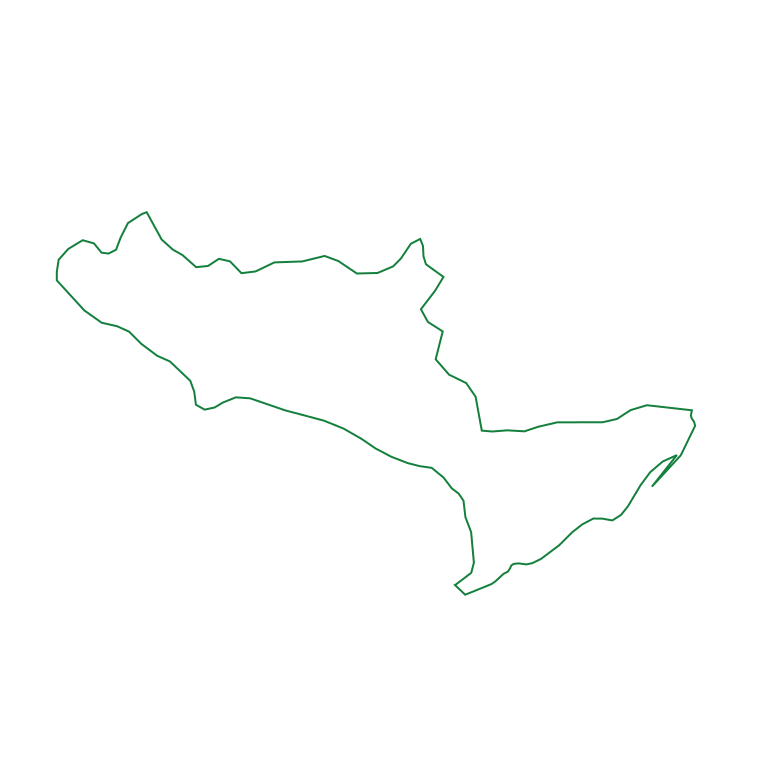 map outline of Kaohsiung City (Robinson projection), rotated 256°
{"feature_id": "TWN-1156", "entity_name": "Kaohsiung City", "entity_type": "Special Municipality", "adm_level": 1, "iso_a3": "TWN", "parent_name": "Taiwan", "parent_adm1": "", "projection": "robinson", "projection_center": [120.587, 22.979], "detail": "fine", "context": "isolated", "style": "outline", "palette": "green", "viewbox_px": 768, "rotation_deg": 256, "n_neighbors": 0, "source": "natural_earth", "source_scale": "10m", "svg_char_len": 1639}
<svg xmlns="http://www.w3.org/2000/svg" viewBox="0 0 768 768"><g transform="rotate(256 384 384)"><path d="M284.0,676.4L279.1,674.1L276.0,674.3L272.4,675.7L268.2,675.8L243.0,654.7L219.6,619.1L244.2,651.0L241.4,635.8L237.3,627.5L234.0,620.9L223.7,608.4L206.3,591.1L199.6,582.3L196.4,572.6L200.6,563.1L202.8,554.6L199.9,542.6L194.7,530.9L185.2,515.0L176.3,494.0L174.3,484.6L174.5,478.6L177.4,471.1L178.1,466.2L177.0,463.5L174.6,461.6L172.0,458.9L170.9,454.1L165.4,444.0L163.9,440.0L159.9,411.8L171.8,404.2L172.0,405.1L179.7,423.0L188.9,428.0L219.2,432.7L235.2,430.8L251.5,432.9L259.6,429.9L266.4,424.5L278.9,419.1L291.1,410.0L295.7,398.7L301.5,387.9L311.7,373.4L323.6,360.1L336.1,349.0L350.5,334.0L363.0,316.8L382.3,281.8L402.5,250.6L406.9,237.0L405.0,223.3L402.2,213.9L402.5,203.8L409.4,196.5L422.6,198.0L434.0,196.8L457.7,181.7L466.3,170.7L481.7,158.2L496.5,149.3L504.7,138.9L511.7,124.9L527.9,111.0L563.7,91.6L572.1,93.7L583.3,98.4L591.4,110.3L592.7,114.4L596.4,126.4L590.6,136.6L579.8,141.7L577.2,148.3L579.1,156.5L589.8,163.9L602.1,174.5L607.5,190.2L608.1,195.3L578.0,203.2L565.5,211.6L557.8,219.7L542.8,230.0L541.1,241.8L545.4,254.1L540.3,264.2L526.0,272.5L524.3,286.6L528.5,307.1L522.7,334.3L522.6,357.4L514.3,369.5L497.8,384.4L493.3,404.5L495.9,421.3L501.7,430.8L513.6,444.0L516.0,454.2L508.5,455.2L508.4,455.2L498.3,453.2L490.0,453.7L473.5,467.6L462.2,456.2L447.6,437.9L433.6,441.6L420.8,453.7L395.5,440.1L377.3,449.4L365.0,464.0L349.5,469.8L315.1,467.6L311.7,477.6L309.2,492.5L304.1,508.8L305.2,523.3L304.9,542.9L294.0,586.7L293.7,601.5L299.0,616.9L299.8,634.0L284.0,676.4Z" fill="none" stroke="#15803d" stroke-width="2"/></g></svg>